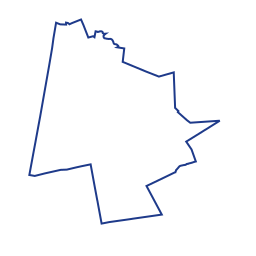 Santa Cruz, Sonora, Mexico, rotated 280°
{"feature_id": "50627088B60654527748106", "entity_name": "Santa Cruz", "entity_type": "district", "adm_level": 2, "iso_a3": "MEX", "parent_name": "Mexico", "parent_adm1": "Sonora", "projection": "orthographic", "projection_center": [-110.513, 31.156], "detail": "fine", "context": "isolated", "style": "outline", "palette": "blue", "viewbox_px": 256, "rotation_deg": 280, "n_neighbors": 0, "source": "geoboundaries", "source_scale": "gbopen_adm2", "svg_char_len": 2665}
<svg xmlns="http://www.w3.org/2000/svg" viewBox="0 0 256 256"><g transform="rotate(280 128 128)"><path d="M48.6,176.3L74.1,156.3L87.2,174.6L92.7,182.2L92.7,182.3L92.8,182.3L93.0,182.4L93.2,182.5L93.3,182.5L93.5,182.5L93.9,182.6L94.1,182.6L94.4,182.6L94.6,182.6L94.9,182.8L95.1,182.8L95.3,183.0L95.8,183.3L96.5,183.7L97.1,184.1L97.6,184.4L97.9,184.5L98.3,184.8L98.7,185.0L99.0,185.2L99.2,185.3L99.3,185.4L99.4,185.6L99.5,185.7L99.6,185.8L99.7,186.0L99.8,186.1L100.0,186.5L100.1,186.8L100.3,187.2L100.5,187.7L100.8,188.5L101.0,188.9L101.2,189.4L101.3,189.9L101.5,190.3L101.6,190.5L101.6,190.8L101.7,191.0L101.8,191.1L101.9,191.3L102.0,191.4L102.1,191.5L102.4,191.7L102.5,191.9L102.7,192.0L102.8,192.2L102.8,192.3L103.0,192.6L103.0,192.8L103.0,193.0L103.2,193.3L103.2,193.5L103.3,193.6L103.5,193.8L103.6,194.1L103.7,194.3L103.8,194.5L104.1,195.1L104.2,195.3L104.3,195.7L104.4,195.9L104.7,196.5L104.9,196.8L105.0,197.1L105.1,197.3L105.2,197.5L105.4,197.8L105.5,198.0L105.7,198.3L106.3,199.5L106.5,199.9L106.8,200.6L117.9,194.3L124.7,187.7L137.3,201.8L139.7,204.4L139.7,204.5L146.5,212.0L151.1,217.1L146.6,198.9L144.0,188.4L145.9,184.7L152.3,174.3L153.4,174.7L156.0,170.9L189.7,163.6L190.7,163.4L184.0,149.5L186.7,136.1L192.2,111.3L205.7,110.5L205.6,103.4L205.9,103.8L206.1,104.2L206.7,104.4L207.1,104.2L207.4,103.9L207.5,103.6L207.7,103.2L207.9,103.0L208.1,102.6L208.3,102.3L208.3,102.0L208.4,101.6L208.3,101.0L208.3,100.5L208.4,99.9L208.6,99.5L209.0,99.2L209.9,98.7L210.6,98.4L211.1,98.0L211.3,97.8L211.7,97.5L212.0,97.2L212.2,96.9L212.5,96.4L212.6,96.1L212.7,95.4L212.7,94.9L212.5,94.3L212.4,93.9L212.3,93.4L212.3,93.1L212.3,92.4L212.2,91.5L212.3,90.6L212.3,90.1L212.3,89.7L212.3,89.2L212.7,88.7L213.0,88.4L213.4,88.2L214.0,88.0L214.4,87.9L215.0,88.1L215.4,88.4L215.8,88.6L216.1,88.8L216.4,89.1L216.6,89.3L216.8,89.4L217.0,89.6L216.9,89.2L216.8,88.9L216.6,88.3L216.6,88.0L216.7,87.7L216.8,87.4L216.9,87.1L216.9,86.9L217.0,86.7L217.7,86.5L218.1,86.3L218.3,86.0L218.5,85.5L218.6,85.0L218.5,84.5L218.4,84.0L218.4,83.7L218.0,83.0L217.7,82.5L217.5,82.1L217.4,81.6L217.3,81.3L217.4,81.0L217.6,80.7L217.6,79.3L211.6,79.2L212.3,77.7L210.2,73.2L221.7,66.2L226.7,62.9L221.7,54.8L220.0,52.3L220.5,51.6L221.0,50.5L221.0,48.7L219.1,49.1L218.3,43.2L219.2,38.9L203.5,39.0L193.4,39.4L176.1,39.5L174.7,39.5L155.7,39.5L133.6,39.5L124.1,39.5L113.8,39.4L99.6,39.3L98.4,39.3L89.5,39.2L64.6,39.0L64.6,42.1L64.6,44.5L68.9,54.1L75.1,69.0L76.4,75.0L80.2,83.8L82.3,88.9L85.7,97.5L65.0,105.2L51.7,110.2L50.8,110.6L49.4,111.1L45.9,112.4L29.3,118.6L30.0,120.5L32.1,125.9L37.0,141.0L38.8,146.5L39.5,148.5L47.5,173.0L47.8,173.9L48.6,176.3Z" fill="none" stroke="#1e3a8a" stroke-width="2"/></g></svg>